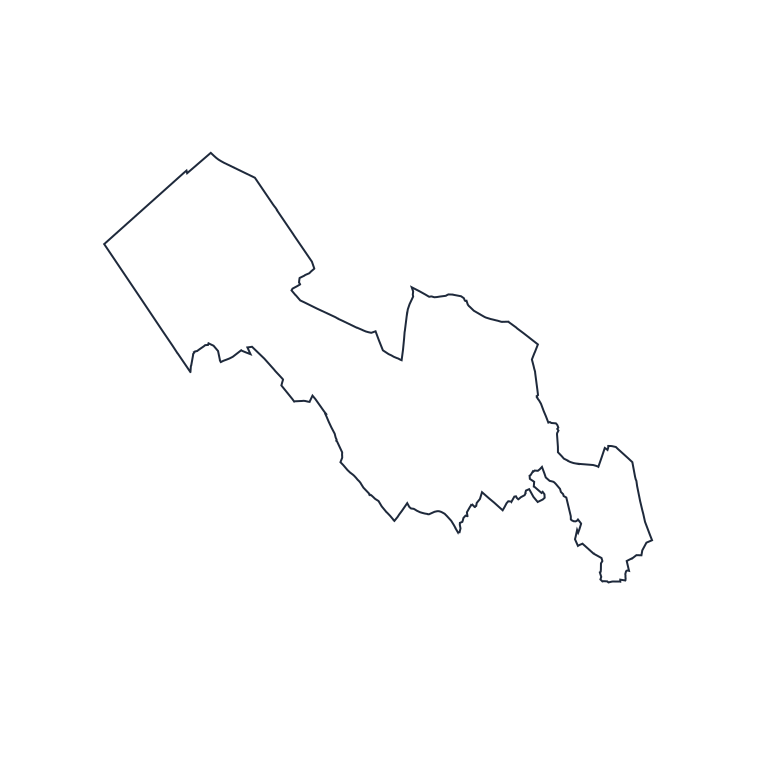 outline of Džūkstes pag., Tukums, Latvia, rotated 243°
{"feature_id": "27541924B93568350942485", "entity_name": "Džūkstes pag.", "entity_type": "district", "adm_level": 2, "iso_a3": "LVA", "parent_name": "Latvia", "parent_adm1": "Tukums", "projection": "natural_earth1", "projection_center": [23.27, 56.788], "detail": "fine", "context": "isolated", "style": "outline", "palette": "slate", "viewbox_px": 768, "rotation_deg": 243, "n_neighbors": 0, "source": "geoboundaries", "source_scale": "gbopen_adm2", "svg_char_len": 6020}
<svg xmlns="http://www.w3.org/2000/svg" viewBox="0 0 768 768"><g transform="rotate(243 384 384)"><path d="M106.3,517.5L116.1,519.9L116.1,521.7L116.1,525.9L115.9,525.9L116.9,531.2L114.5,535.6L118.5,538.6L123.5,545.8L123.1,551.9L129.2,552.5L142.7,554.0L150.8,556.1L154.1,556.8L161.5,558.6L163.2,559.0L178.2,563.2L183.1,564.9L184.8,565.0L187.4,565.6L201.6,569.8L207.1,567.8L219.9,562.9L222.6,562.0L225.0,559.1L225.5,558.4L227.0,555.7L225.5,554.9L223.8,553.2L225.6,552.4L226.8,551.7L219.9,544.7L212.9,537.4L213.4,537.1L215.0,535.6L216.2,534.3L216.9,533.5L217.9,531.9L223.8,522.3L225.0,520.5L224.8,520.5L227.5,517.0L229.9,514.6L232.1,512.9L232.3,513.0L235.8,510.4L239.3,509.5L244.2,508.0L249.0,510.4L259.4,514.8L260.4,515.2L261.6,515.9L263.3,518.3L265.3,518.0L266.0,519.5L267.5,519.7L269.0,519.8L270.9,519.3L273.3,515.4L274.8,514.5L275.0,512.9L281.6,513.6L287.3,514.0L295.1,514.9L299.0,514.7L300.5,514.4L302.7,514.2L302.7,514.5L303.9,514.6L304.2,516.2L308.3,517.7L309.7,518.2L325.2,523.7L326.4,524.2L329.5,524.8L332.3,525.5L338.7,526.9L343.3,532.1L343.9,532.9L349.4,539.1L365.7,531.5L373.0,527.9L374.4,527.4L382.6,523.2L383.0,523.2L385.7,517.6L385.7,517.4L386.5,516.4L388.8,514.0L389.7,512.9L391.9,510.4L393.4,508.6L396.9,505.0L398.0,504.1L401.2,502.0L408.5,497.3L413.8,495.5L415.0,495.0L416.7,494.7L420.7,495.3L420.8,494.6L421.1,494.2L421.7,493.9L424.2,494.1L427.2,492.5L432.4,485.8L432.5,485.8L434.6,482.0L434.6,481.6L434.6,480.1L434.6,479.8L434.5,479.3L434.7,478.6L436.5,473.6L437.5,470.5L437.8,469.8L438.4,468.3L439.3,467.3L440.0,466.6L440.3,466.3L440.7,465.5L441.2,463.9L441.4,463.7L444.9,461.5L450.7,457.6L457.6,452.6L453.2,452.0L450.5,450.2L448.7,449.7L443.5,443.0L439.7,439.1L435.2,435.8L435.3,435.8L421.9,426.7L421.4,426.3L420.7,425.8L415.3,422.5L405.9,416.5L397.2,410.5L398.1,409.7L400.4,408.1L401.3,407.2L403.9,405.0L406.1,403.6L408.5,401.7L414.5,398.3L425.3,399.3L434.8,400.4L435.3,396.4L435.4,395.9L437.0,393.9L439.0,391.7L441.7,389.4L441.8,389.4L446.0,385.9L446.5,385.5L446.5,385.3L458.9,375.9L462.7,372.9L463.0,372.8L463.0,372.7L465.2,371.3L465.9,370.8L481.5,358.6L492.9,350.1L496.5,347.3L503.1,345.7L503.4,345.5L509.4,344.1L510.5,345.8L510.6,350.9L510.8,354.3L510.9,354.5L511.0,354.5L513.1,354.4L516.1,356.4L516.8,357.0L516.7,362.1L516.9,363.3L516.6,367.7L517.4,370.1L518.4,374.2L518.5,374.3L525.7,375.3L557.6,371.2L558.0,371.2L581.8,368.2L587.4,367.5L587.5,367.7L590.8,367.3L591.4,367.1L594.5,366.6L626.4,362.6L653.7,341.9L656.5,340.0L659.1,338.4L661.6,337.2L664.4,336.1L668.6,334.6L661.2,304.3L663.8,304.9L662.9,301.1L635.7,198.2L570.0,206.2L532.3,210.7L514.0,213.0L505.6,213.9L505.2,213.9L505.1,214.0L504.7,214.1L482.6,216.9L482.6,217.0L487.7,220.1L487.8,220.3L488.0,220.6L496.8,227.3L497.0,227.3L497.4,227.6L498.1,229.0L498.5,229.1L498.3,229.5L498.8,230.1L498.8,230.4L498.2,232.5L498.3,232.7L498.4,233.4L498.4,233.6L498.7,235.3L499.4,240.6L499.8,242.3L498.7,244.9L499.9,246.1L495.5,249.5L491.3,250.5L488.7,251.1L479.9,248.7L479.6,248.5L477.8,248.5L477.8,248.8L477.6,248.8L477.6,250.5L477.6,251.4L477.2,254.7L476.9,257.9L476.9,261.6L478.2,268.5L478.6,270.6L478.8,271.6L478.9,272.1L478.4,272.3L478.0,272.6L474.5,275.6L471.2,278.6L478.6,278.9L477.6,281.7L477.1,283.3L460.9,288.9L446.8,292.6L444.9,293.0L434.4,296.0L433.7,296.0L431.5,293.9L429.3,291.9L412.3,295.5L409.1,296.0L409.1,296.6L406.0,303.5L405.6,304.6L404.7,306.0L402.5,308.6L402.0,309.5L401.9,309.6L402.0,309.7L406.1,315.0L401.8,316.0L386.6,318.2L383.7,318.8L383.9,318.1L381.1,318.0L375.5,317.6L369.1,317.4L362.1,317.5L358.2,316.6L356.0,316.5L355.1,315.7L354.4,316.1L342.1,315.7L339.6,314.3L339.4,314.3L337.3,313.3L334.1,309.7L330.2,310.9L323.9,312.4L320.2,313.7L320.1,313.8L317.4,315.1L315.9,315.7L313.1,316.5L310.8,317.0L308.4,317.8L306.3,318.2L305.6,318.2L301.0,318.6L293.3,320.9L292.0,320.7L291.8,321.2L291.3,321.1L290.8,322.1L287.6,323.3L286.3,323.7L285.4,324.1L282.2,326.0L276.0,326.4L268.8,328.0L268.7,328.0L268.4,328.2L267.1,328.6L263.8,329.6L258.6,330.8L258.4,330.7L257.3,331.1L259.4,335.8L260.8,338.2L262.8,342.3L267.3,350.6L263.4,350.7L262.7,350.8L260.8,351.6L259.3,353.8L257.8,354.8L256.4,355.6L253.4,357.9L251.6,359.8L250.1,361.5L248.4,363.8L248.1,363.9L247.5,364.9L247.2,371.0L246.5,373.7L245.8,375.1L244.4,376.6L243.4,377.4L240.9,379.1L237.8,380.1L231.6,381.8L226.6,382.2L223.2,382.3L223.1,382.2L218.2,382.5L218.3,382.6L217.6,384.0L220.6,386.6L224.1,387.6L225.8,388.6L225.6,391.2L226.9,392.5L228.6,394.0L229.7,396.9L228.8,397.8L228.4,398.2L228.4,398.4L231.8,399.5L232.1,399.7L235.4,404.7L235.8,405.5L236.6,406.6L236.4,406.7L236.2,407.1L236.4,408.0L233.3,408.9L233.1,409.1L233.2,409.5L233.6,409.9L233.5,410.8L235.9,412.6L238.0,417.3L243.1,422.2L234.1,425.8L228.3,428.3L217.6,432.4L219.6,435.5L221.5,438.2L222.1,439.0L223.1,441.5L222.2,442.9L221.3,444.1L221.2,444.1L224.5,449.0L224.0,450.6L222.3,450.6L220.3,451.3L220.4,452.1L221.0,454.5L221.1,458.8L222.4,460.6L222.8,460.5L224.6,462.1L224.4,465.6L222.0,465.7L215.6,465.9L209.8,467.2L209.6,467.4L209.1,467.4L209.0,473.0L209.7,475.5L212.9,476.9L215.9,476.4L215.4,474.9L223.8,471.5L224.6,470.9L228.7,473.4L233.0,471.0L233.3,470.9L233.5,471.0L236.2,472.1L236.2,472.3L236.3,473.3L238.6,477.1L238.1,477.3L238.5,478.9L236.8,481.7L237.3,484.1L238.4,487.1L231.4,486.3L227.3,485.7L222.5,487.6L221.1,489.3L219.9,490.6L218.9,491.1L217.0,491.7L210.6,493.2L207.5,492.6L204.5,493.6L202.6,493.2L200.1,494.9L181.4,490.4L178.5,489.0L177.3,489.4L175.6,490.7L174.6,492.4L174.6,493.9L175.2,495.3L170.6,496.2L170.0,496.2L165.3,491.6L163.4,489.5L166.3,489.8L160.9,485.4L159.0,483.7L151.7,483.3L151.8,484.1L151.8,485.5L151.6,488.4L150.9,488.6L148.7,489.5L138.0,493.6L137.8,493.9L137.6,493.8L130.2,498.8L127.1,498.2L125.7,495.9L120.2,493.0L118.3,491.8L118.2,490.8L113.5,490.0L111.6,488.1L108.9,489.0L108.7,490.0L106.8,493.3L105.3,493.9L104.4,497.6L103.8,498.9L100.8,504.7L100.7,504.8L102.4,505.7L99.4,509.8L99.7,510.2L100.2,510.4L101.2,511.1L102.2,511.4L103.9,512.3L105.1,512.7L106.3,513.8L107.0,514.4L107.5,515.3L107.4,515.8L107.1,516.6L106.3,517.5Z" fill="none" stroke="#1e293b" stroke-width="2"/></g></svg>